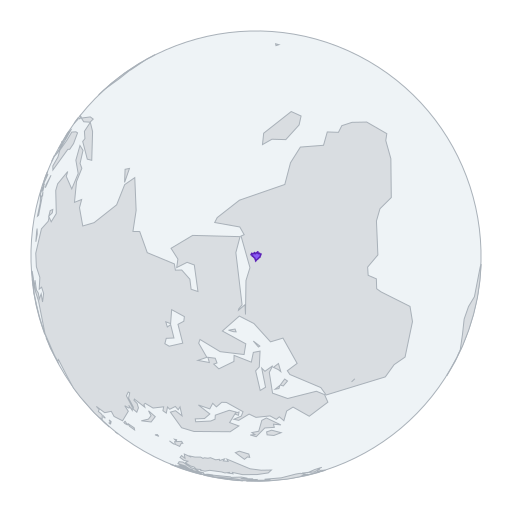 the Earth from above Gash Barka, rotated 207°
{"feature_id": "ERI-1560", "entity_name": "Gash Barka", "entity_type": "Region", "adm_level": 1, "iso_a3": "ERI", "parent_name": "Eritrea", "parent_adm1": "", "projection": "orthographic", "projection_center": [37.465, 15.27], "detail": "fine", "context": "on_globe", "style": "filled", "palette": "violet", "viewbox_px": 512, "rotation_deg": 207, "n_neighbors": 0, "source": "natural_earth", "source_scale": "10m", "svg_char_len": 10855}
<svg xmlns="http://www.w3.org/2000/svg" viewBox="0 0 512 512"><g transform="rotate(207 256 256)"><circle cx="256" cy="256" r="225" fill="#eef3f6" stroke="#a8b0b8"/><path d="M194.3,39.3L195.9,38.9L200.8,37.6L203.6,37.0L203.1,37.3L196.7,38.9L196.0,39.0L193.8,39.6L190.9,40.4L192.0,40.2L184.3,42.5L191.0,40.8L184.1,43.2L179.3,44.7L181.0,43.7L179.0,44.3L194.3,39.3ZM142.3,61.5L142.5,61.4L151.1,56.6L153.3,55.6L161.6,51.6L158.9,53.4L151.8,57.4L144.8,61.0L141.4,63.1L147.0,61.0L132.8,69.8L121.5,79.8L118.0,82.4L113.2,84.0L116.1,79.9L111.3,83.3L126.4,71.7L142.3,61.5ZM110.4,84.1L112.4,83.0L103.6,90.6L101.5,92.7L101.1,93.5L103.9,91.4L100.5,94.7L96.8,96.7L99.7,93.8L100.9,92.9L102.2,91.4L101.4,92.1L110.4,84.1ZM31.6,235.7L31.4,241.3L31.0,252.1L30.8,257.1L31.2,260.9L31.3,264.8L36.4,279.8L41.9,294.3L43.7,307.5L42.9,318.9L51.3,348.2L51.7,351.0L45.2,335.4L39.8,319.4L35.7,303.0L32.8,286.3L31.1,269.5L30.7,252.6L31.6,235.7ZM162.5,51.1L162.0,51.4L160.7,51.9L162.5,51.1ZM166.6,49.3L165.4,49.8L167.1,49.0L167.8,48.7L166.6,49.3ZM174.9,45.8L178.7,44.5L167.6,49.0L170.1,47.7L174.9,45.8ZM202.3,37.2L202.5,37.2L197.4,38.5L201.2,37.5L202.3,37.2ZM226.6,32.6L226.3,32.7L220.4,33.6L216.2,34.3L226.6,32.6ZM216.1,34.3L218.7,33.9L205.0,36.6L216.1,34.3ZM299.4,34.9L299.2,34.9L298.2,34.7L299.4,34.9ZM205.2,36.7L206.7,36.3L213.2,35.0L211.3,35.6L209.8,35.8L205.2,36.7ZM236.6,31.6L237.5,31.5L226.9,32.6L227.5,32.5L236.6,31.6ZM208.1,36.3L210.2,36.1L206.6,37.1L204.1,37.1L208.1,36.3ZM215.7,34.4L218.7,33.9L216.4,34.4L215.7,34.4ZM195.1,41.3L196.8,40.4L200.3,39.5L195.1,41.3ZM211.3,36.0L212.5,35.7L214.1,35.4L214.7,35.6L211.3,36.0ZM227.5,32.6L226.5,32.9L231.9,32.1L232.0,32.4L224.8,33.2L228.0,32.9L228.0,33.0L222.1,33.7L227.5,32.6ZM220.1,34.9L211.1,36.7L207.2,38.4L203.9,39.1L210.8,36.3L220.1,34.9ZM221.8,34.1L220.0,34.7L216.9,35.0L216.2,34.8L221.8,34.1ZM234.6,32.3L236.3,31.7L237.8,31.6L234.6,32.3ZM219.6,35.3L221.8,34.9L219.7,35.3L219.6,35.3ZM230.7,33.0L231.1,32.8L232.8,32.6L230.7,33.0ZM225.8,34.5L222.9,35.0L222.3,34.7L225.8,34.5ZM228.6,33.8L230.8,33.7L223.9,34.4L228.5,33.6L228.6,33.8ZM232.2,33.0L233.4,32.8L231.8,33.1L232.2,33.0ZM229.7,35.4L221.2,36.4L219.9,35.7L228.4,34.8L229.7,35.4ZM348.6,50.6L350.0,51.3L357.3,54.8L358.1,55.2L358.7,55.5L368.1,61.9L384.9,74.0L384.7,72.3L389.9,75.5L408.9,91.2L429.2,117.0L436.3,124.2L440.3,129.7L441.9,134.1L436.2,126.0L433.1,124.1L429.6,119.3L430.2,124.7L425.3,118.1L428.2,126.2L432.9,130.9L434.1,128.0L438.8,138.7L446.8,146.7L453.5,158.5L459.5,182.8L456.9,192.6L458.0,196.7L454.0,193.5L453.2,203.1L464.2,223.5L465.5,230.3L462.1,245.8L461.2,240.8L450.6,232.1L451.9,248.8L460.0,259.6L463.0,274.5L458.1,271.6L454.8,258.6L451.0,255.1L449.7,240.8L442.1,221.4L437.0,227.2L435.2,218.9L424.0,204.1L415.4,212.2L403.4,238.3L405.4,260.0L399.6,270.8L383.5,242.2L376.8,222.0L370.7,225.0L354.4,209.6L325.2,211.9L321.4,206.8L315.8,209.8L304.4,205.3L298.7,196.9L291.6,198.0L306.9,220.0L314.5,219.1L321.4,209.7L324.2,217.8L335.2,224.3L321.8,245.6L279.0,266.0L275.5,249.9L246.2,206.1L247.4,201.1L247.3,200.6L247.0,199.6L243.7,207.6L238.8,199.1L253.8,229.6L256.1,242.9L278.4,267.0L276.2,269.6L283.6,274.5L308.0,267.1L308.0,272.6L296.1,298.2L262.8,332.8L267.6,354.8L265.9,373.2L246.1,385.3L248.8,398.9L238.7,403.6L238.7,411.1L231.1,418.7L218.2,425.6L195.0,424.4L192.8,417.8L180.0,403.9L162.0,369.5L167.0,354.4L164.6,341.9L147.9,312.3L151.5,296.8L147.3,289.7L138.4,290.3L133.6,281.6L128.3,280.8L95.9,281.0L86.8,268.6L77.3,233.6L83.6,221.9L85.9,207.0L130.4,164.0L138.5,168.2L172.0,165.8L176.0,168.0L170.6,179.0L194.7,195.1L204.1,186.1L227.2,194.9L243.6,194.9L251.9,173.9L225.2,173.1L221.9,162.8L244.5,154.5L268.0,156.2L267.5,152.3L253.8,143.4L260.4,136.6L249.2,139.9L252.9,143.9L245.9,146.4L242.2,143.0L244.6,140.5L237.9,138.6L227.8,152.0L230.4,157.5L212.0,159.3L214.6,168.9L209.2,173.1L202.7,158.6L204.2,153.5L191.2,138.1L187.9,143.4L200.0,158.7L195.7,157.3L191.3,165.8L191.3,158.3L179.0,141.3L163.1,143.4L140.8,162.9L132.0,163.6L125.6,158.4L135.8,137.4L154.4,138.2L158.3,131.8L156.4,121.9L162.2,123.3L163.7,119.7L170.9,119.9L182.8,112.2L190.4,112.0L196.8,101.7L201.6,100.5L196.4,106.7L196.9,111.4L215.9,112.1L220.1,110.1L222.8,103.6L227.7,105.1L227.8,98.8L239.7,97.1L225.4,94.3L228.1,87.8L236.2,83.3L234.5,80.9L221.4,88.4L218.4,92.0L220.0,95.7L209.8,106.4L202.9,107.9L203.9,95.6L194.1,96.8L199.2,87.7L231.6,71.5L244.3,69.2L261.4,78.0L257.5,81.6L249.3,80.0L255.2,87.1L255.5,83.7L259.6,85.3L263.3,80.3L266.3,81.3L264.6,75.3L268.7,75.9L269.8,79.7L278.7,73.8L287.9,74.4L288.4,72.7L286.4,70.8L299.4,73.3L299.2,72.0L294.9,70.6L291.8,67.3L291.3,62.7L295.8,63.8L296.6,65.6L305.0,71.5L306.4,76.8L308.1,76.8L308.0,72.6L297.8,65.3L296.2,62.3L301.7,65.2L299.6,63.9L300.2,62.8L305.0,63.0L299.3,59.7L300.1,48.6L309.6,48.6L314.4,51.9L319.7,47.7L330.0,49.5L326.0,48.0L325.9,45.9L322.6,45.2L320.7,44.4L318.9,40.5L322.0,41.0L316.7,39.1L314.7,38.5L312.1,37.9L309.0,37.0L329.1,42.9L348.6,50.6ZM113.7,187.2L112.2,191.5L113.7,187.2ZM292.3,169.5L306.8,169.9L301.4,157.0L306.5,156.4L302.8,152.5L300.9,156.1L291.9,145.7L298.6,141.9L297.4,136.5L292.4,136.2L281.7,145.1L294.5,159.7L290.7,165.1L292.3,169.5ZM103.8,90.4L104.0,90.4L102.9,91.8L102.0,92.4L103.8,90.4ZM106.8,92.3L101.4,97.6L104.6,93.9L102.2,95.3L106.1,90.0L116.4,83.5L111.0,87.1L106.8,92.3ZM114.0,81.9L110.4,85.5L114.0,81.9L114.0,81.9ZM164.9,101.7L166.7,104.1L163.0,107.9L153.4,110.0L158.6,104.2L164.9,101.7ZM170.1,106.8L173.8,95.1L179.9,93.9L175.8,96.4L179.5,96.8L174.0,101.1L176.2,112.2L173.2,116.4L157.1,116.8L164.1,114.1L161.9,111.6L170.1,106.8ZM172.4,73.1L174.0,69.6L185.1,71.4L182.3,74.5L172.5,76.3L170.2,73.7L172.4,73.1ZM176.3,46.5L176.2,46.2L178.0,45.6L179.5,45.4L176.3,46.5ZM195.6,40.9L178.5,47.6L177.5,47.5L168.6,52.4L162.7,54.1L168.6,50.7L157.4,56.1L160.3,53.7L153.0,57.7L166.9,49.9L169.1,48.5L168.9,49.3L174.3,47.7L177.3,46.5L187.6,42.6L195.0,39.5L201.6,38.0L204.3,37.7L203.5,38.2L199.4,38.9L201.3,39.1L194.9,40.6L195.6,40.9ZM231.7,44.4L227.4,43.5L230.0,47.0L223.6,47.3L224.3,47.7L219.1,49.1L214.0,51.7L211.3,51.6L210.5,52.7L207.0,54.0L205.0,55.6L199.4,56.1L196.4,58.2L195.5,57.3L191.9,61.0L192.1,58.6L187.6,60.3L189.8,61.8L164.7,63.7L154.1,67.5L145.1,72.3L146.6,68.3L155.9,61.7L168.7,55.1L178.7,52.5L177.6,51.5L182.0,50.1L181.1,51.4L185.2,48.6L188.6,48.0L200.0,44.0L203.8,41.1L208.1,39.9L208.3,40.7L212.4,39.0L215.6,39.9L218.7,39.2L225.1,39.7L223.6,42.2L227.2,41.2L232.2,42.0L231.7,44.4ZM231.3,35.6L231.1,37.8L227.5,39.2L218.0,37.9L214.7,38.4L208.5,38.3L213.9,36.4L215.2,36.5L217.7,36.2L215.0,36.9L219.0,36.2L220.9,36.5L224.5,36.1L223.5,36.9L231.3,35.6ZM181.4,164.2L184.6,164.9L189.9,164.7L187.2,170.4L181.4,164.2ZM172.7,152.6L175.8,152.1L174.6,159.4L171.2,158.9L172.7,152.6ZM178.5,146.0L176.0,151.6L175.4,148.3L178.5,146.0ZM199.3,106.1L202.7,105.6L202.7,107.1L200.3,109.3L199.3,106.1ZM238.1,57.1L236.2,55.8L237.5,55.3L237.6,51.7L242.4,51.5L244.2,53.6L238.1,57.1ZM246.8,177.4L241.5,181.4L239.3,179.4L241.5,178.4L246.8,177.4ZM212.5,176.0L219.8,179.0L211.7,177.5L212.5,176.0ZM243.3,56.3L242.9,54.8L245.5,55.7L243.3,56.3ZM245.9,51.3L249.2,52.0L243.0,51.1L245.9,51.3ZM333.7,452.5L334.9,454.0L331.5,454.7L333.7,452.5ZM304.9,368.9L290.2,400.7L279.4,401.2L277.1,392.3L282.3,373.2L294.8,367.3L300.8,358.2L304.9,368.9ZM475.7,300.7L476.4,300.4L476.2,301.5L475.7,300.7ZM475.2,298.5L476.3,297.4L474.6,301.0L475.2,298.5ZM476.7,297.0L477.8,293.6L478.3,291.3L478.0,293.5L476.7,297.0ZM474.2,299.6L466.8,304.7L463.2,304.1L464.6,299.9L470.4,297.4L474.2,299.6ZM464.3,299.9L458.1,292.7L445.8,266.7L450.3,265.7L462.4,279.4L461.7,282.9L465.5,289.2L464.3,299.9ZM477.1,272.9L476.4,282.8L472.8,284.9L470.9,284.7L469.6,273.3L470.4,266.5L472.1,265.6L476.0,240.4L477.9,244.0L477.4,254.2L478.8,261.3L477.1,272.9ZM406.5,261.9L412.0,273.8L408.5,276.6L406.5,261.9ZM475.4,224.1L475.3,234.9L474.7,221.2L475.4,224.1ZM473.8,211.8L474.9,216.3L473.4,212.6L473.8,211.8ZM460.0,203.0L458.2,205.2L457.1,202.0L458.7,197.4L460.0,203.0ZM458.6,168.7L462.4,177.8L463.5,181.1L460.8,176.1L458.6,168.7ZM283.4,57.1L277.8,61.8L277.0,66.0L281.5,69.3L272.8,67.1L274.1,60.5L283.4,57.1ZM297.6,49.3L293.6,47.1L296.9,47.2L298.2,47.8L297.6,49.3ZM294.2,48.6L286.5,47.6L285.2,45.9L291.5,46.9L294.2,48.6ZM264.8,50.8L262.9,52.1L260.7,51.2L264.8,50.8ZM438.0,388.8L438.0,388.7L442.7,382.0L452.2,364.7L452.6,364.5L458.2,352.1L466.7,335.6L469.4,328.2L463.3,344.2L456.0,359.7L447.5,374.6L438.0,388.8ZM477.9,294.9L477.2,298.7L478.2,293.2L477.9,294.9ZM480.8,270.4L480.9,269.6L480.9,268.8L480.8,270.4ZM479.5,262.6L479.8,268.1L480.7,262.6L479.9,269.4L479.9,278.2L479.4,282.3L479.6,272.7L478.5,284.2L478.1,284.7L478.4,275.6L479.3,263.3L479.7,257.8L481.0,252.9L479.5,262.6ZM481.3,254.1L481.2,252.2L481.1,247.3L481.1,247.7L481.3,254.1ZM480.1,237.0L478.7,230.3L478.5,234.5L477.9,221.3L479.5,229.8L480.1,237.0ZM477.3,220.8L477.2,224.5L476.6,217.1L477.3,220.8ZM476.5,222.2L475.4,216.9L476.1,216.8L476.5,222.2ZM477.5,220.5L475.7,211.1L477.0,216.1L477.5,220.5ZM472.3,205.2L475.5,212.2L473.2,210.8L468.2,193.6L468.8,192.2L472.3,205.2ZM444.7,133.7L441.8,129.6L441.0,127.9L443.2,131.2L444.7,133.7ZM437.2,122.1L439.8,126.1L442.7,131.8L444.0,133.2L448.7,141.1L444.2,135.0L438.8,125.7L437.5,122.8L432.9,116.7L429.2,111.9L423.1,105.0L420.1,101.6L437.2,122.1ZM416.7,98.2L420.6,102.2L408.7,90.5L409.0,90.6L416.7,98.2ZM406.0,87.9L405.3,87.4L386.5,73.0L382.7,70.3L397.3,80.5L401.9,84.5L406.0,87.9ZM301.2,35.3L301.7,35.4L299.4,35.0L300.6,35.2L301.2,35.3ZM319.0,44.1L316.6,43.1L318.5,43.2L319.0,44.1ZM311.1,40.5L310.6,41.1L309.3,40.0L311.1,40.5ZM309.9,42.7L309.5,41.1L312.5,43.3L309.9,42.7Z" fill="#d9dde1" stroke="#a8b0b8" stroke-width="1"/><path d="M252.4,260.0L252.3,259.2L252.3,258.7L252.2,258.2L252.2,257.9L252.2,257.6L252.1,257.0L252.0,256.6L252.4,256.2L252.6,255.5L252.7,255.4L252.8,255.3L252.8,255.1L253.0,254.2L253.2,253.9L253.3,253.8L253.5,253.2L253.7,252.8L253.8,252.4L254.0,252.1L254.0,251.8L254.0,251.7L254.0,251.4L254.2,251.5L254.2,252.0L254.3,252.0L254.4,252.3L254.5,252.4L254.6,252.5L255.0,252.6L255.4,252.8L255.6,252.9L255.7,253.1L255.8,253.3L256.0,253.5L256.3,253.7L256.6,253.7L256.9,253.7L257.0,253.7L257.2,253.8L257.3,253.9L257.5,253.9L257.8,254.0L258.1,254.1L258.4,254.3L258.5,254.4L258.9,254.2L259.0,254.2L259.4,254.3L259.5,254.5L259.7,254.8L259.8,254.9L260.6,254.9L261.0,254.9L261.0,256.4L260.8,256.4L260.6,256.4L260.5,256.5L260.2,256.6L259.8,256.6L259.7,256.6L259.5,256.8L259.4,257.0L259.2,257.2L259.0,257.3L258.9,257.5L258.8,257.8L259.0,258.2L259.0,258.3L258.9,258.4L258.5,258.3L258.1,258.1L257.9,258.0L257.9,257.9L257.7,257.7L257.5,257.9L257.2,258.5L257.0,259.1L256.7,259.7L256.5,260.2L256.4,260.5L256.2,260.5L256.2,260.4L256.1,260.2L255.8,259.8L255.7,259.8L255.7,259.7L255.5,259.3L255.4,259.3L255.3,259.2L255.2,259.2L254.9,259.2L254.8,259.3L254.7,259.3L254.6,259.5L254.6,259.8L254.4,259.9L254.3,260.0L254.2,260.0L254.2,259.9L253.9,259.8L253.7,259.7L253.3,259.7L253.2,259.7L252.9,259.8L252.7,259.8L252.5,260.0L252.4,260.0Z" fill="#8b5cf6" stroke="#5b21b6" stroke-width="1.5"/></g></svg>